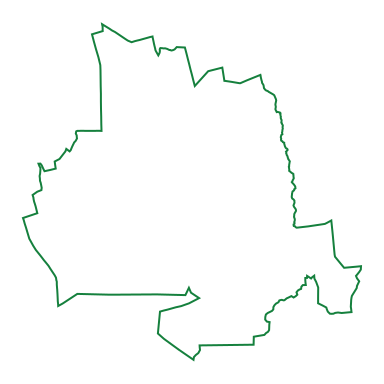 the district of Gilgil, Rift Valley, Kenya
{"feature_id": "3690345B90072985927430", "entity_name": "Gilgil", "entity_type": "district", "adm_level": 2, "iso_a3": "KEN", "parent_name": "Kenya", "parent_adm1": "Rift Valley", "projection": "mercator", "projection_center": [36.311, -0.527], "detail": "fine", "context": "isolated", "style": "outline", "palette": "green", "viewbox_px": 384, "rotation_deg": 0, "n_neighbors": 0, "source": "geoboundaries", "source_scale": "gbopen_adm2", "svg_char_len": 5905}
<svg xmlns="http://www.w3.org/2000/svg" viewBox="0 0 384 384"><path d="M102.1,24.2L102.2,24.8L102.6,26.5L102.7,31.1L92.0,34.3L93.9,41.6L96.0,49.2L98.4,57.2L100.3,65.1L100.5,70.3L100.6,78.1L100.7,86.1L100.9,93.9L100.9,101.3L101.0,108.9L101.2,116.6L101.3,124.1L101.5,130.9L99.0,130.8L89.7,130.9L81.6,130.8L77.2,130.9L76.2,131.4L75.8,133.6L76.7,135.4L76.8,137.2L77.0,138.4L76.2,139.9L75.7,140.8L75.3,141.3L74.2,142.4L73.9,143.0L73.6,143.7L72.8,145.3L72.1,146.8L71.8,147.5L71.5,148.2L70.7,150.2L69.6,151.4L66.3,148.9L65.4,151.4L59.5,159.0L54.7,161.5L55.1,164.6L55.7,168.6L50.5,169.9L44.5,171.2L43.5,169.2L41.7,165.3L40.4,163.6L38.5,163.7L39.5,166.3L40.4,167.8L40.4,170.0L40.1,173.7L39.6,176.0L39.9,178.5L40.0,180.8L40.7,182.8L41.1,184.8L41.7,187.8L41.4,190.1L37.3,191.7L32.6,195.0L33.4,197.5L33.6,199.3L34.1,201.6L34.9,204.0L35.6,206.3L37.3,213.2L23.0,218.0L23.8,220.3L24.7,223.6L26.0,227.6L27.5,232.7L29.3,238.7L33.3,245.9L35.8,249.9L40.4,255.6L42.4,258.2L43.9,260.2L45.5,262.1L48.5,265.8L50.5,269.0L54.7,275.3L56.0,277.7L56.4,280.5L56.7,281.2L56.8,282.0L56.8,283.7L56.8,284.6L57.1,288.5L57.2,289.4L57.5,294.4L57.7,298.7L57.8,301.4L58.1,304.0L58.2,306.0L62.7,303.5L77.3,293.9L110.2,294.7L156.9,294.4L172.9,294.8L185.4,295.1L188.9,287.8L191.0,292.7L199.1,298.1L188.9,303.4L185.4,304.6L181.2,306.1L175.8,307.3L167.6,309.6L163.5,310.6L160.0,311.6L157.9,333.5L163.9,338.8L166.2,340.5L179.1,349.9L193.5,359.8L193.9,357.1L195.8,355.0L198.3,353.1L200.0,350.0L199.7,347.2L199.6,345.4L238.6,344.9L253.6,344.7L253.8,336.7L264.4,334.9L266.0,333.1L268.0,331.8L269.1,330.1L269.2,327.8L269.3,324.6L269.6,322.1L266.9,321.6L265.2,319.6L265.3,317.0L265.9,314.5L267.7,313.0L270.0,311.9L272.0,310.9L273.3,309.4L273.4,307.1L274.4,305.3L276.0,303.6L278.4,302.3L279.4,300.4L281.3,299.9L282.0,299.9L283.4,300.3L284.1,300.3L285.0,299.8L286.6,298.4L288.8,297.4L291.4,296.1L293.6,297.5L295.7,296.2L297.3,294.7L296.5,292.3L297.9,290.5L299.5,289.5L301.1,288.9L301.4,286.7L302.8,285.1L305.8,285.0L305.5,282.8L305.3,280.2L305.3,278.0L307.0,277.9L307.1,275.9L309.1,277.2L311.1,278.5L312.2,277.2L314.2,275.7L314.4,278.6L316.1,281.8L318.2,287.5L318.1,297.7L318.1,303.3L322.4,305.4L326.3,307.5L326.8,309.2L327.8,311.6L329.9,313.7L331.7,313.8L333.4,313.7L335.2,312.9L338.0,312.5L341.7,313.0L347.0,312.5L351.5,312.1L351.1,308.7L350.8,306.8L351.1,301.8L351.2,299.8L351.5,297.7L351.9,295.9L356.7,288.1L357.0,285.9L359.2,281.3L357.5,279.0L357.0,278.3L356.7,277.6L356.0,275.9L357.3,274.4L359.2,272.0L360.8,269.6L361.0,266.2L357.2,266.6L344.1,267.8L340.3,263.2L335.0,256.7L334.6,254.5L334.3,251.4L333.0,237.4L332.5,232.2L331.3,220.5L326.9,222.9L325.9,223.4L324.9,223.9L318.3,224.9L316.2,225.2L315.5,225.3L308.1,226.4L296.7,227.7L295.7,227.2L295.0,226.3L293.8,226.0L293.6,225.3L293.6,224.4L294.4,223.9L294.6,223.0L294.2,222.2L294.7,220.8L294.8,219.9L294.8,219.1L294.6,218.6L294.3,217.7L294.0,216.9L294.2,216.0L294.2,215.1L294.3,214.0L295.1,212.4L295.8,211.4L296.0,210.6L295.8,209.4L295.4,208.7L294.9,208.0L294.2,207.1L293.5,205.6L293.7,204.8L294.1,203.8L294.5,202.8L294.4,201.4L294.4,200.6L293.5,199.4L292.9,199.0L292.2,198.5L291.7,197.0L291.8,196.2L291.9,195.2L292.0,194.5L292.0,193.8L292.3,192.7L292.4,191.9L292.6,191.4L293.2,191.0L293.8,190.6L294.2,190.0L294.2,189.3L294.9,188.8L295.5,188.2L295.3,187.6L295.3,186.7L294.9,185.9L294.4,185.2L293.9,184.5L293.0,183.5L292.3,182.8L291.8,182.1L292.3,181.5L292.5,180.9L292.7,180.2L293.1,179.7L293.8,178.1L293.6,177.4L293.5,176.4L293.5,175.6L293.3,174.7L293.4,174.1L292.8,173.5L291.8,173.0L290.9,172.3L290.3,171.6L289.6,171.3L289.2,170.9L289.2,170.1L289.3,169.3L289.1,168.5L289.0,167.5L288.8,166.8L289.2,166.1L289.1,165.4L289.2,164.7L289.5,162.9L289.6,162.2L289.8,161.3L289.3,160.6L288.8,159.8L288.3,159.2L288.2,158.4L287.8,157.8L287.7,157.1L287.5,156.2L286.8,155.2L286.6,154.2L286.2,153.5L286.3,152.9L286.3,152.3L286.0,151.7L287.2,150.5L287.6,150.0L287.5,149.3L287.0,148.7L286.1,148.3L285.5,147.5L285.1,146.6L284.8,145.9L284.6,145.0L284.3,144.1L284.2,143.4L284.2,142.7L283.4,142.4L282.8,142.1L282.5,141.4L281.2,140.6L281.0,139.8L281.2,138.8L281.0,138.0L280.8,137.4L280.9,136.5L281.4,134.9L282.4,134.3L282.2,133.3L282.0,132.6L282.3,131.6L282.4,130.4L282.5,129.5L282.8,128.7L282.6,127.5L282.6,126.8L282.8,126.1L282.8,125.3L282.3,124.5L281.9,123.7L281.9,123.2L281.3,122.7L281.4,122.0L281.5,121.4L281.6,120.7L281.5,119.8L281.1,119.1L280.9,118.5L280.7,117.8L280.9,116.8L280.5,115.7L280.5,114.6L280.1,113.9L280.5,113.2L279.9,112.5L279.0,112.3L278.3,112.1L277.6,111.9L276.7,112.1L276.4,111.4L276.1,110.9L275.7,110.1L275.4,109.1L275.7,107.7L275.8,106.7L275.6,105.7L275.4,104.6L275.5,103.8L275.7,102.8L275.9,102.0L276.0,101.3L276.2,100.6L276.0,99.5L275.7,98.6L275.4,98.0L275.2,97.4L274.8,96.6L274.5,95.8L274.2,95.2L273.4,94.6L272.5,94.0L271.9,93.7L271.1,93.2L270.3,92.8L269.6,92.3L268.7,91.9L268.1,91.3L267.4,90.9L266.7,90.7L266.0,90.4L265.1,89.6L264.6,88.9L264.1,88.4L263.8,87.1L263.7,86.1L263.5,85.3L263.3,84.7L262.9,84.1L262.4,83.4L262.1,82.9L262.0,82.3L261.9,81.4L261.6,80.6L261.4,79.8L261.2,79.0L261.1,78.5L260.9,77.7L260.7,76.7L260.6,75.7L260.4,74.9L246.8,80.4L240.3,83.2L239.5,83.2L231.2,81.8L225.8,81.0L225.1,80.9L224.4,80.9L222.3,67.6L208.2,71.2L194.8,86.0L193.3,80.3L191.9,74.7L190.5,69.5L189.1,63.8L188.5,61.5L187.8,58.8L186.5,53.6L184.9,47.5L176.7,47.1L174.7,49.3L174.0,49.7L173.1,50.1L172.3,50.3L171.7,50.5L171.0,50.4L170.3,50.0L169.4,50.0L167.2,48.9L166.4,48.7L165.8,48.5L165.0,48.3L164.1,48.4L163.4,48.4L162.4,48.2L161.5,48.2L160.8,48.0L160.2,48.2L159.9,48.8L159.7,49.7L159.9,50.8L159.8,51.6L159.7,52.2L159.6,52.8L159.3,53.4L158.9,54.3L158.3,55.4L156.0,51.3L155.7,50.7L155.4,50.0L155.2,48.7L155.0,48.0L154.6,46.3L154.4,45.7L154.3,45.0L154.0,43.9L153.7,42.3L152.8,38.1L152.6,37.3L152.5,36.5L150.2,37.0L147.1,37.9L143.5,38.9L139.6,40.0L137.4,40.5L135.0,41.1L131.6,42.2L127.8,40.6L125.5,39.1L119.3,34.9L115.0,32.0L111.9,30.4L109.6,28.8L102.1,24.2Z" fill="none" stroke="#15803d" stroke-width="2"/></svg>